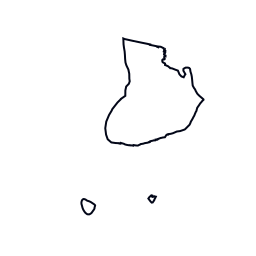 outline of Lapaha, Tongatapu, Tonga, rotated 143°
{"feature_id": "48082658B59364107477614", "entity_name": "Lapaha", "entity_type": "district", "adm_level": 2, "iso_a3": "TON", "parent_name": "Tonga", "parent_adm1": "Tongatapu", "projection": "natural_earth1", "projection_center": [-175.073, -21.147], "detail": "fine", "context": "isolated", "style": "outline", "palette": "ink", "viewbox_px": 256, "rotation_deg": 143, "n_neighbors": 0, "source": "geoboundaries", "source_scale": "gbopen_adm2", "svg_char_len": 3253}
<svg xmlns="http://www.w3.org/2000/svg" viewBox="0 0 256 256"><g transform="rotate(143 128 128)"><path d="M77.9,202.3L79.1,200.5L81.2,197.5L82.8,194.7L84.6,191.2L86.5,188.2L88.8,184.8L90.6,181.8L91.6,179.0L92.5,174.5L94.4,170.5L97.3,166.5L98.5,164.3L100.7,162.8L104.5,162.2L107.5,159.6L110.8,155.3L115.8,155.5L115.8,155.4L121.0,154.7L129.2,152.5L130.6,151.7L135.3,149.8L141.5,146.2L146.3,141.5L149.5,135.9L151.0,131.2L150.0,126.5L146.7,123.2L144.9,121.8L144.6,121.5L144.7,121.4L144.0,120.5L143.4,120.0L142.8,120.5L141.5,118.8L140.7,117.7L140.3,116.7L139.1,115.2L137.3,113.3L136.8,113.2L136.3,112.4L135.4,111.8L134.7,111.0L134.4,110.6L133.7,110.6L133.6,110.8L133.2,110.4L132.1,109.2L130.6,108.0L129.4,107.8L128.2,107.5L127.7,107.6L126.2,106.8L125.0,106.2L123.9,105.9L121.6,104.7L120.9,104.3L120.0,104.3L119.7,103.9L119.4,103.7L118.8,103.6L118.4,103.7L118.3,104.0L117.6,103.8L117.0,103.5L115.7,102.9L114.8,102.6L114.4,102.2L114.0,101.9L113.5,101.9L113.3,101.6L113.0,101.6L112.8,101.6L112.7,101.9L111.6,101.0L111.1,101.0L111.0,101.3L110.8,101.2L110.2,101.1L109.2,100.7L108.1,100.5L107.6,100.2L107.2,100.0L106.0,99.5L104.6,98.7L104.1,98.4L103.5,98.6L102.2,99.1L101.5,99.3L100.9,99.1L100.2,98.7L100.1,99.1L99.5,98.9L97.5,97.7L95.3,96.8L91.1,95.8L88.3,94.2L83.7,92.7L82.9,92.7L81.5,92.9L80.0,93.1L78.8,93.3L77.8,93.4L76.8,93.6L75.4,94.3L74.4,95.0L74.1,95.1L73.9,95.3L72.3,95.9L70.5,96.7L69.1,97.4L67.6,98.0L66.2,98.9L64.6,99.8L64.3,100.0L63.0,100.5L62.1,101.3L61.0,102.1L60.7,102.4L59.9,102.7L57.7,103.4L55.5,104.2L53.9,104.5L52.4,104.9L51.4,105.0L50.7,105.1L50.5,105.5L50.8,107.0L51.6,110.5L51.9,112.6L52.0,113.5L51.9,114.8L51.7,116.1L51.6,117.0L51.3,118.0L51.2,118.8L51.2,120.3L50.9,122.2L50.8,122.9L49.5,125.1L47.7,128.0L46.1,130.7L45.1,132.8L44.2,135.4L43.5,136.7L43.3,137.0L42.9,137.9L43.0,139.1L43.8,140.2L45.6,141.5L47.1,141.8L48.2,141.8L49.3,140.4L49.8,136.4L50.8,136.1L53.0,135.0L54.3,137.0L54.6,139.9L53.6,143.8L55.3,146.4L56.8,148.9L57.4,149.6L58.3,150.4L58.2,150.9L58.5,151.6L58.8,153.1L59.2,153.9L59.5,154.3L59.7,154.9L60.1,155.4L60.5,156.0L59.6,157.2L60.7,159.6L60.6,160.3L59.8,161.6L58.8,161.8L58.1,161.1L57.4,160.9L56.9,161.4L57.0,162.0L56.4,162.9L55.5,163.6L54.9,162.7L54.4,163.3L54.9,164.4L54.5,165.1L54.7,165.3L53.8,166.1L53.3,165.6L53.1,165.7L53.5,166.5L53.3,166.7L53.0,166.8L52.9,167.4L53.2,167.7L52.9,167.9L52.5,166.8L51.7,167.0L51.6,167.9L51.9,168.0L52.0,168.3L51.7,168.4L51.3,168.8L51.6,168.9L51.8,169.4L51.8,170.0L51.8,170.4L51.6,170.5L53.0,173.2L54.5,174.6L55.2,174.2L55.9,175.4L55.6,175.7L58.6,179.1L60.4,181.1L60.0,181.4L71.1,194.0L77.1,201.0L77.9,202.3ZM200.8,86.6L201.0,87.6L202.3,91.3L203.1,92.8L204.1,94.2L204.5,94.9L204.9,96.3L205.5,97.3L206.2,98.0L207.1,98.2L208.1,98.0L209.1,97.4L209.9,96.7L210.5,95.9L210.9,95.3L211.3,94.2L212.0,92.5L212.4,91.5L212.7,90.4L213.0,88.9L213.1,87.3L213.1,86.0L212.7,84.4L212.4,83.6L211.4,82.7L210.8,82.3L209.5,82.1L208.3,82.1L206.1,82.8L204.5,83.3L203.9,83.5L203.2,83.9L202.6,84.6L201.5,85.4L200.8,86.0L200.8,86.6ZM154.2,58.6L154.2,57.2L154.2,55.9L154.0,54.2L153.1,53.7L151.5,54.2L150.2,54.7L150.0,55.0L148.4,55.7L147.1,56.4L147.8,57.2L148.2,57.8L149.1,57.8L149.8,58.1L150.1,58.6L149.3,59.5L149.9,60.2L152.7,59.9L154.2,59.4L154.2,58.6Z" fill="none" stroke="#020617" stroke-width="2"/></g></svg>